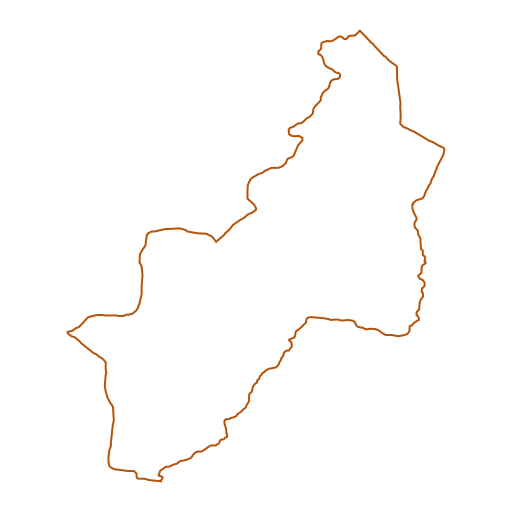 outline of Esquipulas, Chiquimula, Guatemala
{"feature_id": "79465075B80702943511797", "entity_name": "Esquipulas", "entity_type": "district", "adm_level": 2, "iso_a3": "GTM", "parent_name": "Guatemala", "parent_adm1": "Chiquimula", "projection": "orthographic", "projection_center": [-89.268, 14.632], "detail": "fine", "context": "isolated", "style": "outline", "palette": "amber", "viewbox_px": 512, "rotation_deg": 0, "n_neighbors": 0, "source": "geoboundaries", "source_scale": "gbopen_adm2", "svg_char_len": 5773}
<svg xmlns="http://www.w3.org/2000/svg" viewBox="0 0 512 512"><path d="M318.4,51.4L318.5,52.1L318.4,53.2L318.3,54.2L319.4,54.6L320.0,54.7L320.6,54.9L321.3,55.6L322.1,56.9L322.5,57.5L322.8,58.2L323.2,59.7L323.6,61.0L324.0,62.7L324.5,64.0L325.2,65.3L326.0,66.1L327.3,67.0L329.0,67.9L329.6,68.3L330.4,68.8L331.7,69.1L332.7,69.7L333.5,70.7L334.1,71.2L334.7,71.7L335.3,72.2L336.0,72.5L336.6,72.7L337.8,72.9L339.0,73.3L339.8,74.1L340.1,75.0L340.1,75.7L340.0,76.4L339.6,77.2L339.2,77.9L338.5,78.4L337.6,78.9L336.8,79.0L336.1,79.0L335.3,79.2L334.0,79.3L333.3,79.5L332.6,79.9L331.7,80.5L330.8,81.5L330.1,82.6L329.7,84.3L329.4,85.7L328.8,87.2L328.2,88.4L327.5,89.0L325.6,90.4L324.3,91.5L323.8,92.0L322.9,92.8L322.4,93.7L322.0,94.9L321.7,95.5L321.4,96.1L320.8,96.9L320.7,100.5L315.5,105.8L313.5,108.6L312.8,113.5L309.9,116.6L306.4,118.6L302.9,122.1L300.8,123.2L297.9,123.5L293.1,126.9L289.8,127.9L288.7,129.6L289.0,133.9L290.9,135.5L293.9,136.3L298.9,135.9L302.3,137.8L302.5,138.8L302.3,140.5L298.1,145.2L293.9,155.1L292.1,157.1L290.2,157.7L287.4,159.1L285.7,163.1L282.7,166.1L278.3,167.9L271.3,167.9L265.0,170.8L262.0,173.0L259.1,173.8L252.5,177.5L250.4,179.4L247.8,185.0L247.5,191.1L247.5,198.6L254.0,204.5L255.8,207.6L256.2,209.3L254.8,210.8L251.2,213.2L248.5,214.0L243.7,218.1L240.0,220.1L233.1,224.8L229.3,229.7L224.8,233.6L224.4,234.7L216.1,241.8L212.0,236.5L206.1,233.7L197.9,233.3L190.5,232.1L187.1,231.3L185.1,229.8L179.7,228.4L164.8,229.1L154.5,231.5L151.6,231.5L148.9,232.9L147.8,233.5L147.8,234.2L146.8,235.1L145.4,245.5L142.1,250.4L139.9,254.4L139.5,262.6L140.6,264.1L141.7,267.2L142.5,275.3L141.6,286.0L141.7,293.9L139.0,305.3L138.3,306.1L138.2,307.5L135.8,311.0L132.2,313.8L128.4,314.8L126.4,314.6L123.8,315.8L119.9,316.1L115.7,315.4L105.9,315.5L101.7,314.9L96.1,315.2L89.6,316.8L88.5,317.2L87.4,317.8L82.3,323.6L78.8,327.1L75.9,328.1L72.6,330.6L69.0,331.6L67.5,332.0L67.8,333.2L68.3,333.8L68.9,334.3L71.7,336.4L74.7,337.2L78.5,340.4L79.3,341.0L81.5,343.5L93.6,353.1L96.7,354.5L99.1,356.7L102.3,358.5L104.6,360.9L105.7,362.3L105.7,369.2L106.1,371.3L106.3,373.8L105.7,374.6L104.8,385.3L105.4,390.0L107.4,397.3L110.1,402.9L111.4,404.2L113.0,407.2L113.8,420.4L112.7,425.6L110.9,443.0L110.9,445.9L109.3,450.2L108.4,458.0L108.7,463.3L109.3,465.7L110.4,467.2L114.3,469.2L128.7,471.1L133.7,471.0L135.7,472.7L136.5,473.7L136.7,477.6L137.8,478.6L144.9,478.8L149.2,480.1L161.1,481.3L161.1,480.6L161.5,479.7L162.4,478.5L162.6,477.6L162.2,476.7L161.7,476.4L161.0,476.2L160.3,476.1L159.5,476.0L158.9,475.7L158.6,474.9L159.0,474.1L159.4,473.5L159.5,472.6L159.8,471.8L160.0,471.1L160.5,470.6L161.1,470.1L161.8,469.6L162.7,469.0L163.5,468.5L164.4,467.9L165.7,466.9L166.3,466.8L167.0,466.7L167.9,466.8L168.9,466.6L169.7,466.4L171.0,465.8L172.2,465.2L173.1,464.8L174.0,464.5L174.8,464.2L175.7,464.0L176.4,463.8L177.3,463.4L177.9,463.0L178.5,462.4L179.1,461.8L179.6,461.4L180.6,461.0L181.7,460.8L182.4,460.7L183.1,460.7L184.1,460.4L184.8,460.2L185.9,459.9L187.1,459.5L188.4,459.0L189.4,458.6L190.1,458.3L191.0,457.6L191.5,457.1L192.0,456.5L192.7,455.4L193.2,454.6L194.1,453.7L195.0,452.9L195.7,452.4L196.9,451.8L198.0,451.5L199.1,451.5L200.0,451.6L200.8,451.6L201.5,451.5L202.2,451.1L203.9,450.1L208.7,446.7L209.7,446.1L210.5,445.7L211.9,445.3L212.8,445.3L213.9,445.5L214.8,445.6L216.0,445.3L216.6,444.8L217.4,444.2L218.1,443.9L218.9,443.4L219.3,442.7L219.6,441.8L219.9,440.9L220.4,440.2L221.3,439.7L222.1,439.5L222.8,439.5L223.7,439.3L224.1,438.9L224.9,438.0L225.4,437.5L227.0,437.0L227.2,434.3L226.5,433.5L226.0,428.5L224.5,423.8L224.4,420.9L225.7,419.3L229.3,419.0L230.1,418.3L234.9,416.9L236.6,415.6L237.5,414.1L241.3,411.6L242.3,410.1L245.7,407.6L246.8,404.8L249.0,401.4L249.2,394.2L251.7,391.7L253.1,386.5L254.9,383.9L257.0,382.5L257.2,380.4L258.9,379.1L260.0,376.2L261.8,374.5L262.0,373.4L264.5,371.9L265.6,370.5L268.9,368.8L275.5,367.5L276.7,366.7L278.3,365.1L279.6,361.9L280.9,360.2L281.2,358.5L283.5,355.4L283.5,353.6L284.9,351.7L286.6,350.6L288.7,350.6L291.9,346.4L291.3,342.2L289.8,341.0L289.1,340.4L289.3,339.5L294.2,337.5L295.0,336.3L295.8,331.4L299.6,328.8L305.9,322.6L306.7,318.8L308.3,317.5L310.7,317.1L322.8,318.1L329.0,319.2L330.2,319.9L337.6,319.5L341.9,320.6L348.3,320.0L353.2,320.8L355.1,322.4L356.0,325.0L357.8,326.7L359.2,327.2L363.0,327.8L364.5,328.8L366.9,329.4L370.0,328.7L375.3,329.1L378.3,330.1L382.4,333.2L385.7,335.0L391.7,335.0L398.4,336.2L404.3,335.1L407.4,333.9L409.5,331.1L409.6,326.8L410.1,325.8L411.9,325.6L413.5,323.2L418.9,319.8L418.8,317.7L417.7,316.0L416.6,315.1L416.6,312.2L417.3,311.4L419.1,309.7L419.6,303.3L420.8,299.6L423.2,296.3L422.7,292.7L421.9,292.2L421.7,291.2L422.0,288.3L423.2,287.5L424.5,286.0L424.7,282.8L422.7,280.0L420.0,278.8L418.3,276.6L418.6,275.1L420.8,273.6L421.5,272.3L421.6,267.3L422.3,265.5L425.6,263.2L425.7,262.2L424.5,261.4L425.0,259.3L424.8,256.5L422.8,255.0L422.8,250.7L421.0,249.1L420.3,238.0L418.3,234.8L417.7,230.5L414.7,227.2L414.6,226.1L414.4,223.0L416.6,219.4L416.4,217.7L413.6,212.2L412.4,208.4L412.3,204.7L413.0,204.3L413.1,202.9L414.0,202.4L416.3,200.3L422.5,198.4L424.6,195.3L424.9,193.5L427.0,189.2L427.9,188.4L428.6,185.7L430.4,183.6L432.0,178.6L433.6,176.6L435.8,170.3L436.7,169.2L436.8,167.4L443.3,154.9L444.5,149.4L443.9,148.2L441.6,146.6L440.6,146.6L432.3,141.9L429.1,140.7L419.0,134.6L417.2,133.6L413.6,131.3L412.2,131.1L406.7,128.2L405.4,127.6L404.1,127.5L400.3,123.9L400.7,114.9L400.2,105.7L400.6,104.0L398.1,85.7L397.2,80.1L396.9,66.5L396.1,65.6L395.4,65.3L388.5,60.1L385.5,56.7L384.0,56.0L374.0,45.3L372.9,43.6L371.5,43.0L367.0,38.2L364.9,36.0L359.9,30.7L355.0,35.5L350.0,35.8L348.8,36.2L346.6,38.7L344.6,39.2L341.4,36.8L340.0,36.5L339.2,36.5L337.6,37.2L336.6,38.2L333.1,40.5L330.4,41.3L326.8,41.0L322.2,42.5L321.3,43.9L321.2,48.6L318.4,51.4Z" fill="none" stroke="#b45309" stroke-width="2"/></svg>